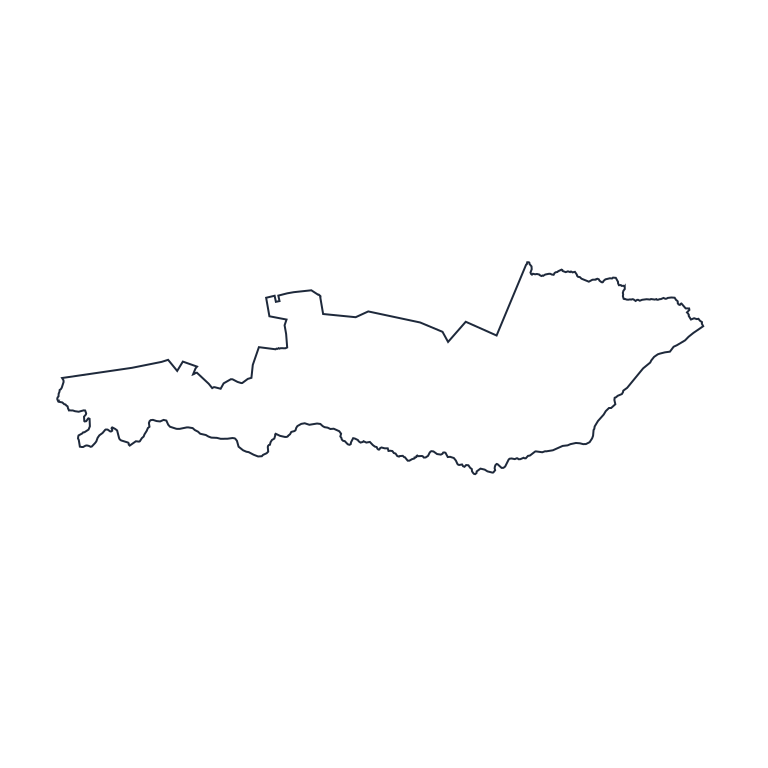 Kafue, Lusaka, Zambia, rotated 350°
{"feature_id": "96606910B70191271227661", "entity_name": "Kafue", "entity_type": "district", "adm_level": 2, "iso_a3": "ZMB", "parent_name": "Zambia", "parent_adm1": "Lusaka", "projection": "mercator", "projection_center": [28.513, -15.723], "detail": "fine", "context": "isolated", "style": "outline", "palette": "slate", "viewbox_px": 768, "rotation_deg": 350, "n_neighbors": 0, "source": "geoboundaries", "source_scale": "gbopen_adm2", "svg_char_len": 6107}
<svg xmlns="http://www.w3.org/2000/svg" viewBox="0 0 768 768"><g transform="rotate(350 384 384)"><path d="M398.5,462.9L401.0,462.6L401.4,462.3L401.4,461.7L403.1,461.6L403.5,460.6L404.3,460.2L405.1,461.0L408.9,461.5L409.6,461.9L410.4,463.3L412.2,463.6L414.9,462.4L417.0,459.6L418.2,458.6L419.1,458.4L421.0,459.0L424.1,462.2L427.7,463.4L429.4,462.9L430.4,461.8L431.6,461.9L432.6,462.4L434.1,467.0L436.5,467.2L439.9,469.0L441.5,471.9L442.4,475.4L442.9,476.2L443.9,476.8L446.9,476.8L447.6,478.7L448.9,479.5L450.8,478.1L453.0,478.7L454.3,481.5L455.7,483.0L455.5,485.1L456.1,486.7L457.0,488.1L458.1,488.6L459.6,487.8L460.1,486.2L464.3,484.1L468.3,485.8L470.7,488.0L475.4,490.1L476.3,490.1L478.5,488.2L478.3,486.3L478.7,485.0L479.6,483.3L481.0,482.3L481.9,482.7L485.2,487.0L487.1,487.3L489.0,486.3L493.7,480.0L494.7,479.4L496.7,479.5L499.8,480.7L501.7,480.2L502.6,480.4L503.4,481.4L505.2,481.7L508.7,480.9L509.4,481.5L510.7,481.8L513.3,479.8L515.3,479.8L521.0,476.8L521.8,476.7L528.0,478.7L531.0,478.2L532.0,478.5L538.8,478.6L549.2,476.0L554.2,476.3L557.2,475.6L562.8,475.4L566.6,476.4L569.7,477.8L572.5,478.2L576.4,477.0L579.5,473.7L580.9,471.3L582.4,465.7L583.3,464.7L584.1,462.4L588.3,457.6L595.0,452.3L597.7,449.2L601.4,446.7L603.5,447.1L608.3,444.1L608.1,439.7L608.8,437.6L610.3,437.3L612.1,436.2L616.5,435.2L617.9,433.6L618.5,432.1L622.8,430.0L641.9,413.6L649.9,409.1L651.3,407.2L654.7,404.2L658.8,402.3L660.8,402.0L666.1,401.6L671.2,401.8L675.7,397.6L679.1,396.7L688.1,393.3L692.1,390.4L697.6,387.4L708.4,382.5L707.5,379.8L707.9,378.3L706.1,376.5L705.0,374.4L703.3,374.4L700.8,373.1L697.5,373.8L695.9,369.8L696.2,368.9L695.7,367.5L694.8,366.1L697.6,364.1L697.6,362.6L694.2,361.9L690.9,356.4L690.2,356.5L689.1,357.5L687.9,356.8L687.3,355.3L687.6,354.2L687.4,353.2L686.2,351.9L685.2,349.5L682.0,348.7L678.4,348.5L677.1,349.0L675.8,348.9L674.2,347.8L671.3,348.5L670.5,348.3L668.5,348.6L667.5,348.4L667.0,347.7L665.4,347.9L661.7,346.7L660.6,347.0L657.3,346.1L652.8,345.9L650.4,346.4L648.8,345.2L647.9,345.1L646.2,345.9L644.4,344.0L643.3,343.6L642.0,343.8L641.0,343.4L639.1,343.4L637.6,343.0L635.9,342.0L635.4,342.1L634.8,341.7L634.5,338.9L635.1,337.3L635.0,335.8L636.0,333.7L637.6,332.3L638.0,329.7L637.8,329.9L637.0,328.9L635.0,328.6L634.4,327.7L632.5,327.5L632.0,325.4L632.2,324.0L630.7,319.7L628.0,319.0L626.9,319.7L624.8,319.1L620.2,319.4L618.3,320.5L617.2,321.7L616.7,321.8L615.9,321.5L614.2,319.7L613.7,318.2L612.4,317.4L611.0,317.6L610.7,318.0L607.4,317.5L603.5,318.8L596.8,314.6L595.4,312.7L593.8,312.2L592.9,310.9L592.9,309.8L591.5,306.7L589.0,306.8L588.1,305.9L587.4,305.7L586.7,306.1L584.7,305.0L582.4,305.4L579.5,303.7L579.4,302.7L578.7,302.2L575.1,303.2L574.2,303.8L572.4,303.8L571.3,304.3L570.0,305.9L568.2,305.3L567.0,304.4L565.7,304.1L561.8,304.2L559.5,305.1L559.0,304.7L557.8,305.0L556.2,303.8L556.0,303.2L553.7,302.2L551.9,302.2L549.8,301.3L548.7,302.0L548.0,301.3L547.6,299.7L549.4,296.6L549.7,293.8L548.2,291.2L548.2,289.8L547.8,289.3L546.2,289.0L545.4,290.9L544.7,291.1L503.3,355.8L475.3,336.9L454.4,353.7L450.7,342.8L430.3,329.7L381.1,309.8L367.7,313.3L336.2,304.5L336.3,287.1L336.6,287.0L336.6,286.3L335.2,284.6L334.7,284.7L328.7,279.1L311.1,277.9L304.4,277.9L295.3,278.6L295.5,284.2L291.8,284.3L291.6,278.1L282.9,278.6L282.9,297.4L299.2,303.6L296.3,308.9L296.3,317.7L295.0,331.2L293.1,331.7L288.5,330.8L287.1,331.0L286.5,330.4L285.2,330.9L284.2,330.5L283.3,331.0L267.2,326.0L258.1,342.4L254.5,354.9L250.8,355.3L244.6,358.4L243.6,358.3L240.1,356.5L235.7,353.1L234.0,352.7L226.2,355.5L222.3,360.3L216.6,357.7L215.7,357.6L214.1,358.2L211.4,353.3L201.7,340.4L199.5,340.5L199.2,341.0L197.7,341.3L201.1,335.9L202.9,334.4L189.8,327.0L182.6,335.2L175.6,322.7L168.8,323.6L138.6,324.3L68.0,322.2L69.0,324.7L68.8,326.4L66.0,331.7L64.7,333.1L63.6,333.5L63.0,335.4L61.9,337.1L61.3,339.7L60.2,340.6L59.6,342.0L59.9,343.6L60.6,343.8L60.1,344.3L60.3,344.9L64.0,346.3L65.6,348.4L66.8,348.9L67.3,349.9L68.5,351.1L68.6,353.5L69.0,354.1L69.1,355.3L72.9,356.0L74.9,357.1L78.5,358.3L83.6,357.8L85.1,358.2L85.6,361.2L85.1,362.3L82.9,364.1L82.4,368.5L82.7,368.9L84.3,368.9L86.6,366.6L87.1,366.5L88.0,367.2L87.0,374.6L85.1,377.6L80.6,379.5L79.3,379.4L78.2,380.3L74.3,381.6L73.9,382.3L73.2,384.4L73.7,386.2L73.6,392.9L75.5,393.6L76.7,393.8L79.4,392.9L80.7,392.9L82.6,393.7L84.2,394.9L85.4,394.8L89.2,392.0L90.7,390.6L92.6,387.3L94.8,385.1L98.3,383.4L101.5,380.7L102.1,380.5L103.9,380.9L106.2,383.2L107.2,383.3L108.2,382.8L108.4,381.8L108.0,380.4L108.4,379.7L108.9,379.6L111.5,381.6L113.1,383.4L113.7,391.2L114.1,392.6L115.3,393.9L121.7,397.2L122.3,398.1L122.1,399.4L122.9,400.5L129.7,397.3L132.7,398.2L133.6,398.0L136.1,395.3L138.2,394.0L139.3,392.1L142.2,388.9L143.8,386.4L145.6,385.4L145.7,381.6L146.7,379.9L147.9,379.1L150.2,379.2L153.6,381.0L157.0,382.0L160.7,381.1L163.3,382.2L164.4,386.6L165.8,388.9L171.8,392.1L174.9,392.7L182.3,392.5L183.9,392.8L187.9,394.2L189.7,396.5L192.5,398.6L194.4,401.1L199.7,403.3L201.9,405.2L204.6,406.8L210.0,408.0L213.6,409.6L220.2,410.7L225.4,410.9L227.3,411.5L228.0,412.0L229.3,414.4L229.9,420.5L233.7,424.8L236.7,426.8L238.9,427.6L243.3,431.0L247.4,433.5L251.1,433.9L252.6,432.8L256.4,431.8L258.2,430.5L258.6,425.9L259.1,424.8L260.0,424.1L261.1,424.0L262.2,421.6L263.9,419.7L266.5,418.7L268.2,415.2L268.1,414.7L268.7,414.2L272.6,417.0L277.4,419.0L279.1,419.2L280.3,418.8L280.6,418.3L282.7,417.2L284.4,415.1L287.6,414.8L288.8,414.2L290.0,411.9L291.4,410.4L295.6,408.9L299.1,408.9L303.4,411.2L311.2,411.3L314.4,412.3L316.3,414.8L318.0,416.2L320.9,417.2L323.4,419.0L326.7,419.3L331.7,422.7L333.1,425.5L331.9,428.1L332.7,429.7L332.8,431.4L333.9,432.9L335.4,433.4L337.8,437.0L338.4,437.4L339.6,437.9L340.8,437.4L341.4,435.7L344.2,432.0L345.9,432.7L348.6,434.7L349.1,436.0L350.7,437.6L353.1,437.4L353.9,436.8L356.4,438.6L360.0,438.6L362.4,442.2L364.2,444.1L365.8,444.8L366.3,446.6L367.1,447.6L368.0,447.7L369.2,446.4L370.5,446.1L373.6,447.5L376.5,448.0L376.8,450.7L378.6,450.8L380.6,451.5L381.7,453.7L383.3,454.5L384.6,457.3L386.2,458.1L386.7,457.7L390.0,458.0L391.1,459.5L391.9,459.8L394.0,463.6L395.8,463.9L398.5,462.9Z" fill="none" stroke="#1e293b" stroke-width="2"/></g></svg>